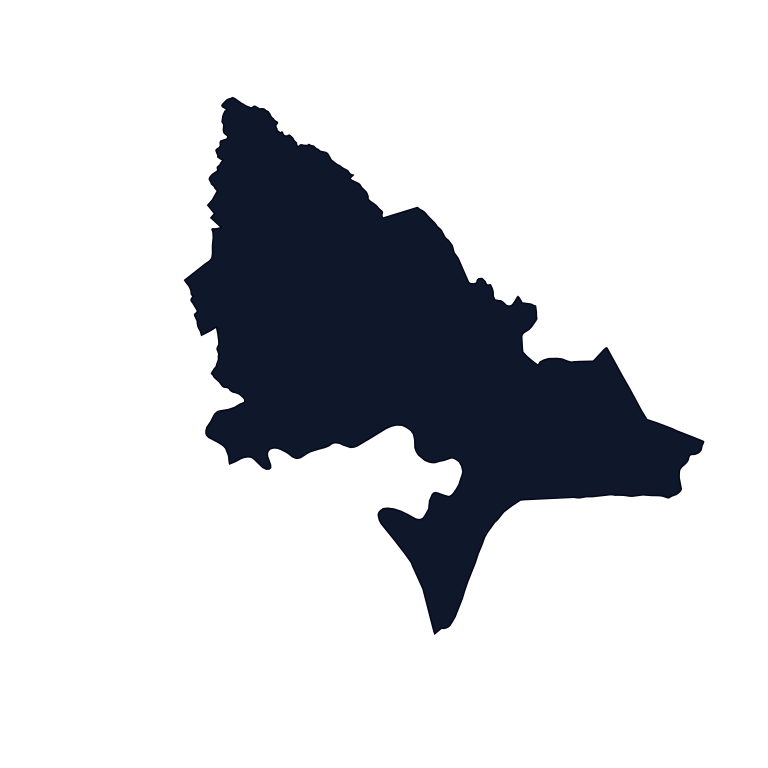 the district of Long Dien, Bà Rịa - Vũng Tàu, Vietnam, rotated 308°
{"feature_id": "81297802B9398077823445", "entity_name": "Long Dien", "entity_type": "district", "adm_level": 2, "iso_a3": "VNM", "parent_name": "Vietnam", "parent_adm1": "Bà Rịa - Vũng Tàu", "projection": "robinson", "projection_center": [107.23, 10.446], "detail": "fine", "context": "isolated", "style": "filled", "palette": "ink", "viewbox_px": 768, "rotation_deg": 308, "n_neighbors": 0, "source": "geoboundaries", "source_scale": "gbopen_adm2", "svg_char_len": 6151}
<svg xmlns="http://www.w3.org/2000/svg" viewBox="0 0 768 768"><g transform="rotate(308 384 384)"><path d="M226.0,311.6L231.7,314.8L237.1,317.1L240.0,318.9L242.8,321.5L244.5,324.2L245.0,326.7L243.6,339.8L244.5,343.8L246.5,346.0L248.3,346.2L250.4,344.4L255.3,336.7L257.8,334.6L260.2,333.9L262.5,334.2L264.7,335.5L266.5,337.4L268.1,340.0L269.0,343.1L270.1,348.7L270.4,351.8L270.3,356.6L271.3,360.5L272.9,362.2L274.7,363.6L281.9,366.1L285.3,367.6L292.3,372.4L297.4,376.3L301.3,378.6L304.7,379.5L306.6,380.6L308.2,382.3L310.1,385.7L310.7,388.9L313.4,396.6L315.7,399.1L318.7,401.0L334.4,407.1L350.0,412.9L355.1,415.6L359.2,418.8L362.6,423.5L363.7,427.9L364.0,431.3L363.9,434.4L362.6,438.3L358.6,442.9L352.9,447.6L350.7,451.0L349.3,455.0L349.1,463.2L350.3,467.4L351.7,470.3L353.3,472.4L357.6,475.5L360.7,478.2L366.9,482.2L367.9,483.3L368.7,485.2L369.1,488.6L369.0,491.5L367.2,495.7L363.4,500.3L359.6,501.9L354.9,503.5L351.1,505.0L345.8,505.8L340.3,506.1L337.5,505.7L335.2,504.6L333.4,500.5L331.3,494.0L330.2,491.5L328.6,490.3L326.7,490.1L320.1,491.8L313.1,496.2L306.2,497.3L302.4,497.5L300.2,496.6L298.4,494.8L297.1,492.0L295.6,482.6L294.1,475.8L291.6,468.8L288.4,463.4L285.4,460.3L282.1,459.2L279.7,459.1L277.3,460.0L273.9,464.1L272.3,467.6L267.6,487.9L263.3,504.8L260.2,515.2L257.9,519.2L246.6,540.8L219.8,575.6L218.4,577.8L227.1,579.6L228.4,581.8L230.4,583.3L232.7,584.3L234.8,584.5L241.1,583.8L244.4,583.3L263.3,577.7L270.7,574.8L279.6,571.7L299.5,565.9L308.1,562.7L316.7,560.4L325.6,557.5L331.0,556.8L343.6,556.3L345.8,556.9L357.0,557.1L366.6,559.6L376.5,562.9L379.3,565.8L411.6,603.3L413.5,606.6L414.8,608.3L420.0,613.0L423.2,617.2L436.1,630.4L437.7,632.6L438.7,634.6L440.3,636.5L444.0,641.5L446.9,646.6L448.3,648.6L456.1,656.3L460.7,663.2L465.6,669.7L467.2,672.5L469.2,677.9L469.9,678.6L472.8,679.7L477.0,682.3L479.5,683.1L481.9,683.4L483.6,683.2L484.4,682.8L491.8,674.3L495.1,671.8L497.7,670.1L499.3,669.7L501.7,669.6L505.9,670.4L508.8,670.7L511.4,670.4L514.3,669.1L515.8,668.8L517.3,669.2L520.0,672.2L522.3,673.6L523.9,674.3L525.7,674.5L527.3,674.4L531.8,672.3L534.1,672.0L535.4,671.2L532.5,660.8L527.5,644.3L526.2,638.6L521.6,623.7L517.8,613.0L521.5,603.3L531.3,580.9L537.4,566.0L549.6,537.6L549.5,537.2L548.8,536.7L546.9,536.3L531.5,535.0L530.4,534.4L522.4,524.6L518.2,519.8L516.4,518.1L515.0,514.6L513.3,509.0L510.7,504.7L505.4,498.2L501.4,495.3L497.5,493.5L495.0,493.8L493.5,494.4L493.4,485.7L493.7,479.3L494.6,473.7L497.7,470.7L506.4,463.1L508.3,462.4L510.8,462.7L516.2,464.6L519.8,465.0L528.7,464.5L529.9,463.9L531.1,462.5L534.5,459.8L538.7,455.4L537.9,453.2L537.8,452.1L537.3,450.4L532.8,442.7L533.9,440.7L535.2,437.2L535.4,435.8L534.2,435.7L530.1,436.3L525.9,436.5L524.2,436.1L522.4,434.8L521.2,432.1L521.7,427.6L521.5,424.9L520.3,423.2L518.8,420.1L518.7,419.2L520.3,416.2L523.8,413.2L525.9,410.5L527.7,406.8L525.6,404.7L525.7,403.0L527.0,400.5L527.5,396.2L525.2,393.9L523.3,393.6L521.8,394.5L520.0,394.5L518.1,393.1L516.4,390.4L516.1,389.2L516.4,387.6L528.6,365.2L530.6,358.4L534.2,353.7L535.0,352.5L535.4,351.4L536.8,346.4L536.9,342.5L537.5,340.8L539.9,335.6L540.6,333.4L540.8,329.0L542.0,325.1L543.2,315.8L544.3,310.0L544.2,307.7L543.6,304.6L543.7,301.7L514.3,281.2L514.1,280.8L514.3,280.0L515.3,278.8L516.2,278.0L518.4,277.0L518.8,276.1L519.0,271.9L519.7,269.1L519.8,267.3L519.5,259.6L519.8,258.2L520.5,257.0L521.9,256.0L522.6,255.1L523.8,253.0L524.4,251.3L525.1,245.3L526.3,242.0L526.3,240.5L524.8,233.8L524.6,232.5L524.9,231.4L525.3,230.5L529.6,231.1L528.7,228.7L528.7,227.2L529.5,225.1L529.7,224.0L528.7,217.9L528.8,216.7L528.7,214.4L528.1,212.6L528.0,204.6L530.4,199.0L530.8,197.1L530.5,195.2L528.7,191.8L528.1,190.0L528.3,187.4L527.7,186.0L528.1,182.1L527.0,179.8L526.4,177.3L524.5,176.8L524.1,175.8L522.6,173.8L521.7,171.6L521.1,171.1L518.9,170.6L518.0,169.7L518.3,168.4L519.8,166.8L520.1,166.2L520.4,163.3L521.6,160.7L521.9,157.1L521.8,156.3L521.6,155.9L520.2,155.3L518.7,153.8L518.3,151.5L519.8,148.8L519.7,148.3L518.5,148.2L518.1,147.8L517.9,143.8L519.2,142.4L519.8,140.7L520.9,139.8L522.1,139.2L523.6,139.5L524.2,139.3L524.6,138.8L524.2,135.2L524.8,133.8L524.9,131.2L525.6,129.3L526.5,127.7L526.8,126.3L527.2,125.4L527.2,124.6L526.6,122.3L526.9,121.4L526.9,120.6L526.5,119.5L525.3,117.8L524.1,116.8L523.5,111.6L523.1,110.9L522.1,110.3L520.5,110.1L519.5,108.8L518.0,103.6L517.9,101.4L517.4,98.9L517.0,90.4L516.3,88.2L514.7,87.6L512.9,86.2L511.2,85.3L505.0,84.6L503.5,84.9L503.1,86.1L503.5,89.3L503.5,90.5L503.2,91.2L502.9,91.5L502.2,91.4L501.1,90.7L498.1,91.4L496.1,92.0L491.0,94.9L489.9,97.8L488.9,98.7L485.7,100.7L484.3,102.0L483.8,102.6L483.4,103.6L483.2,104.9L483.3,108.5L480.5,109.5L475.0,105.8L473.5,106.2L471.2,108.2L470.5,108.5L468.6,108.6L466.1,107.7L464.7,107.7L462.9,110.4L462.1,112.2L460.6,113.2L460.7,116.4L461.4,119.4L458.1,119.3L455.7,119.8L452.2,119.2L450.0,121.4L449.4,121.6L443.6,119.7L440.0,119.5L438.1,120.0L437.5,120.7L436.4,123.6L435.4,124.9L435.2,128.6L434.2,130.3L433.8,133.4L433.2,133.9L423.2,135.5L416.4,135.0L414.0,145.5L408.4,145.3L407.4,157.7L407.6,158.9L406.4,158.9L404.3,157.4L401.9,155.1L401.1,153.7L400.0,153.2L399.7,153.5L398.8,155.2L398.0,156.1L394.0,159.5L387.8,163.4L380.9,168.8L377.1,170.9L373.4,170.8L368.8,169.3L343.1,163.0L342.4,164.9L341.2,169.8L339.1,174.1L336.2,176.8L335.5,179.4L335.0,179.7L332.8,179.7L331.4,180.2L330.7,181.1L330.2,183.3L327.0,191.6L326.0,192.3L324.7,192.4L322.7,191.9L321.9,192.1L321.4,192.7L318.7,198.0L316.6,199.9L314.7,202.1L312.5,206.8L310.1,210.2L318.6,214.2L324.5,216.3L325.6,217.1L321.4,222.1L316.0,227.5L313.5,229.6L310.1,230.3L308.7,230.9L307.7,232.7L305.9,235.4L303.9,236.4L301.3,238.6L297.0,239.9L294.5,241.1L291.4,240.9L286.9,241.4L286.0,241.7L285.7,244.2L285.0,245.2L284.7,247.2L284.3,252.9L282.9,257.9L283.0,259.8L284.4,261.9L284.9,263.3L285.1,265.0L284.5,266.0L284.4,268.3L284.8,270.3L286.2,273.1L287.0,276.2L286.8,281.4L286.3,283.3L284.8,285.0L283.4,285.3L279.3,282.9L273.5,280.7L268.0,277.1L261.1,270.7L259.4,269.8L256.1,269.1L247.6,270.7L240.8,271.1L237.5,272.6L235.3,274.3L234.4,276.0L234.0,278.8L235.8,288.5L236.4,293.8L236.4,295.9L235.9,298.8L231.7,305.8L227.3,310.0L226.0,311.6Z" fill="#0f172a" stroke="#020617" stroke-width="1.5"/></g></svg>